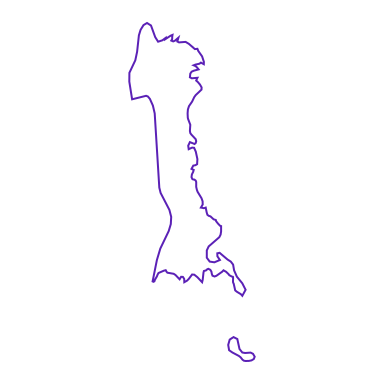 the border of Eastern Samar
{"feature_id": "PHL-2582", "entity_name": "Eastern Samar", "entity_type": "Province", "adm_level": 1, "iso_a3": "PHL", "parent_name": "Philippines", "parent_adm1": "", "projection": "natural_earth1", "projection_center": [125.501, 11.538], "detail": "fine", "context": "isolated", "style": "outline", "palette": "violet", "viewbox_px": 384, "rotation_deg": 0, "n_neighbors": 0, "source": "natural_earth", "source_scale": "10m", "svg_char_len": 2683}
<svg xmlns="http://www.w3.org/2000/svg" viewBox="0 0 384 384"><path d="M165.5,38.0L165.3,39.2L170.6,35.7L172.5,34.9L172.2,36.8L172.2,38.2L172.1,39.3L171.3,40.6L173.2,41.4L174.9,40.7L178.4,37.7L177.3,41.5L179.0,42.4L185.6,41.9L188.8,43.8L194.9,49.1L197.4,48.8L198.3,51.0L202.1,56.4L203.9,61.9L203.8,64.2L200.9,62.6L199.5,63.7L195.4,64.6L193.7,65.3L195.3,66.0L196.5,66.9L197.5,68.0L198.6,69.4L193.8,70.7L191.6,71.7L190.3,73.6L189.9,77.3L191.8,78.3L197.4,77.8L197.0,78.5L196.5,79.9L196.2,80.6L197.8,82.0L200.0,84.6L201.6,87.4L201.5,89.6L195.7,95.1L194.2,97.2L192.1,101.6L189.0,106.1L187.9,109.5L187.6,113.4L187.8,117.8L188.1,119.0L190.3,124.8L189.9,131.0L190.3,133.1L191.3,134.5L195.7,139.2L196.2,141.2L195.7,143.0L194.5,144.0L189.9,142.1L188.2,145.7L188.7,149.2L192.1,147.6L194.1,147.8L195.8,151.7L197.4,159.1L197.1,164.2L195.4,165.2L193.3,165.6L191.5,168.9L193.7,169.9L193.2,171.8L191.9,174.4L191.5,177.1L192.3,179.0L193.2,179.5L194.4,179.6L195.7,180.6L196.2,182.0L196.2,186.9L196.9,189.9L197.6,191.8L201.5,198.2L202.6,201.3L202.7,204.5L200.9,207.6L202.3,207.8L203.3,208.1L204.3,208.1L205.7,207.6L206.7,212.5L207.4,214.8L208.7,215.8L210.5,216.4L213.6,219.3L215.8,220.0L216.1,221.2L218.0,223.6L220.1,225.8L221.1,226.1L221.1,231.4L220.6,234.6L219.3,237.2L208.7,246.4L206.8,250.4L206.8,257.7L209.7,261.6L214.4,262.3L219.9,260.0L217.4,256.3L217.3,253.3L219.6,252.8L227.5,259.5L230.8,261.6L233.1,264.6L234.1,270.4L236.9,276.7L242.3,283.3L245.6,289.8L242.3,295.8L240.9,294.2L236.8,291.7L235.2,290.4L233.7,283.7L233.4,283.1L233.1,282.5L233.0,281.4L233.1,277.8L232.9,276.8L231.9,276.6L229.3,275.2L228.6,274.2L226.1,271.8L223.5,270.3L222.2,271.7L216.4,275.8L214.6,276.5L212.5,275.7L211.8,273.8L211.4,271.6L210.3,269.8L208.3,268.8L207.2,269.3L206.0,270.4L203.9,271.0L203.5,272.5L202.7,279.8L202.1,282.2L197.4,277.2L194.3,274.7L192.1,274.5L188.8,278.9L187.0,280.7L184.3,282.2L184.2,278.9L182.9,276.9L181.1,276.8L179.6,279.3L175.5,275.0L173.7,273.8L167.4,272.7L166.5,271.7L165.7,270.2L163.8,270.7L158.5,273.0L157.6,274.6L156.9,276.4L154.9,279.8L154.4,281.3L153.5,281.8L152.6,281.4L156.9,260.0L160.3,248.6L168.7,231.1L170.8,224.1L171.2,216.9L169.4,209.9L160.6,192.9L159.3,187.6L154.7,113.4L152.9,105.6L149.9,98.9L147.9,96.5L146.1,95.8L132.1,99.3L129.3,81.6L129.4,72.8L135.3,60.3L137.1,51.8L138.9,35.3L140.6,29.8L143.5,25.1L147.0,23.0L151.0,25.5L155.2,37.1L158.1,41.7L162.4,40.3L165.5,38.0ZM253.0,353.8L254.7,356.7L253.8,359.0L251.5,360.4L248.9,360.9L245.7,361.0L243.9,360.7L242.5,359.7L240.6,357.3L238.8,355.9L232.4,352.5L229.1,350.2L228.2,344.9L229.7,339.6L233.5,337.1L237.3,339.0L239.5,349.0L242.3,352.5L245.1,353.0L250.6,352.6L253.0,353.8Z" fill="none" stroke="#5b21b6" stroke-width="2"/></svg>